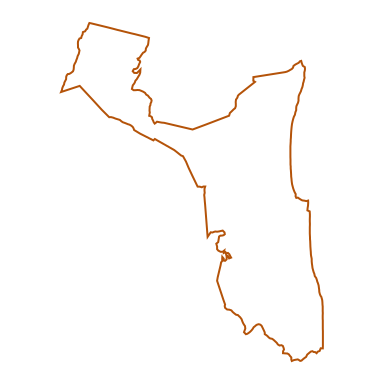 outline of Ilhéus, Bahia, Brazil
{"feature_id": "56859067B42691950323680", "entity_name": "Ilhéus", "entity_type": "district", "adm_level": 2, "iso_a3": "BRA", "parent_name": "Brazil", "parent_adm1": "Bahia", "projection": "albers", "projection_center": [-39.201, -14.766], "detail": "fine", "context": "isolated", "style": "outline", "palette": "amber", "viewbox_px": 384, "rotation_deg": 0, "n_neighbors": 0, "source": "geoboundaries", "source_scale": "gbopen_adm2", "svg_char_len": 5567}
<svg xmlns="http://www.w3.org/2000/svg" viewBox="0 0 384 384"><path d="M89.4,23.0L88.6,24.7L88.0,26.5L87.3,28.7L86.2,29.5L85.1,31.3L82.9,32.1L82.6,34.3L81.6,36.3L81.2,38.0L79.5,38.5L78.5,40.2L78.0,41.6L77.9,43.4L78.0,45.4L78.0,47.5L78.8,48.9L79.5,50.4L79.2,51.9L78.8,53.8L77.6,56.2L77.1,58.2L76.4,59.9L75.8,61.8L74.6,63.9L73.9,65.7L73.8,67.9L73.6,69.7L73.0,71.3L71.8,72.3L70.7,73.1L69.3,73.9L67.7,74.1L66.7,75.4L66.2,76.8L66.1,79.2L64.4,82.5L64.0,84.6L63.1,86.1L62.3,88.1L61.9,90.1L61.1,92.0L79.7,85.9L93.2,100.4L101.8,109.8L109.2,117.2L111.0,117.1L113.3,117.7L115.5,118.6L117.5,119.2L119.8,119.9L121.3,121.2L122.7,122.2L124.7,122.9L126.5,123.6L127.9,124.2L129.6,124.7L131.3,125.7L132.7,126.9L133.6,128.4L134.1,130.0L140.2,133.7L141.8,134.5L153.4,140.4L154.8,139.0L174.3,150.1L181.1,155.5L183.0,156.2L186.0,161.6L188.6,167.8L191.9,174.8L193.0,177.1L197.6,186.6L199.9,186.7L201.8,187.3L203.4,186.5L205.2,186.5L204.5,188.8L204.5,190.8L204.7,192.8L204.2,195.0L204.5,197.4L204.8,201.4L205.1,204.5L207.6,236.9L210.7,232.3L212.5,232.5L213.9,231.9L215.3,231.5L217.2,231.7L219.2,231.4L220.8,231.0L222.7,230.6L224.5,232.4L224.8,234.2L223.6,235.2L221.9,235.6L220.4,235.6L219.1,236.5L218.2,242.1L216.3,243.7L217.1,246.5L217.1,249.2L218.3,250.6L220.6,251.8L222.7,251.8L224.3,250.5L223.9,252.9L225.5,252.1L226.4,253.4L227.9,252.9L229.3,254.2L230.4,256.4L231.1,257.6L229.1,258.4L227.9,256.1L226.3,255.2L226.7,256.8L226.6,259.4L225.1,260.8L223.8,260.6L223.7,258.6L222.3,256.9L222.2,258.7L222.2,261.0L221.1,262.4L220.6,265.2L217.7,277.3L217.1,280.8L223.4,299.8L224.0,301.5L225.1,304.6L224.7,306.0L225.1,307.8L227.1,309.5L229.4,309.7L231.4,310.4L232.7,312.0L234.6,313.6L236.2,314.8L237.8,315.0L238.9,316.1L240.2,317.3L241.6,319.2L242.4,321.5L243.1,323.1L243.9,324.5L245.0,326.1L245.3,328.6L244.0,332.2L245.9,334.2L247.3,333.8L248.7,332.9L250.1,331.8L251.5,330.4L252.7,328.9L253.7,327.2L254.8,326.4L256.0,325.3L257.2,324.6L258.8,324.2L260.4,324.7L261.6,325.8L262.6,327.8L263.8,330.3L264.7,332.3L264.8,334.2L266.1,335.0L267.4,336.0L268.8,337.5L270.1,338.4L272.1,338.8L273.4,339.7L274.6,340.8L275.9,342.0L276.9,343.0L277.8,344.4L279.5,345.5L281.4,345.2L282.8,345.9L283.5,347.6L284.0,349.4L283.1,351.2L283.0,353.2L285.3,353.4L287.4,353.5L288.9,354.4L289.8,355.7L291.3,357.4L291.3,359.6L291.8,361.0L293.9,360.1L295.9,359.7L297.8,359.4L298.9,360.0L300.2,360.9L301.5,360.6L302.7,359.5L304.4,358.1L306.1,356.9L307.2,354.6L309.1,353.0L310.8,351.6L312.4,351.2L313.7,352.0L315.2,352.1L316.6,353.2L317.7,351.7L319.6,351.0L320.7,348.3L322.8,348.4L322.9,345.9L322.9,344.5L322.9,342.3L322.9,340.0L322.9,337.3L322.9,334.9L322.9,333.1L322.9,331.3L322.8,328.7L322.8,326.7L322.8,324.9L322.8,322.4L322.8,320.4L322.7,318.7L322.7,317.2L322.7,315.4L322.8,313.1L322.7,311.1L322.7,308.7L322.7,306.5L322.5,304.6L322.4,302.2L322.2,300.0L321.7,298.2L321.3,296.8L320.5,295.7L319.8,293.9L319.3,291.9L319.2,290.0L318.9,287.7L318.6,285.4L317.9,283.1L317.3,281.7L316.9,280.1L316.2,278.0L314.8,276.1L314.3,273.7L313.7,272.3L313.2,270.6L312.5,268.0L312.2,265.6L311.9,263.5L311.7,261.3L311.7,258.9L311.4,257.3L311.1,255.9L310.9,254.2L310.8,251.9L310.6,249.5L310.4,246.7L310.3,244.0L310.2,241.2L310.0,239.0L310.0,237.4L309.9,235.4L309.8,233.4L309.8,231.9L309.8,229.8L309.8,227.1L309.9,224.9L309.9,223.5L309.8,221.4L309.8,219.0L309.9,216.5L309.9,214.5L309.7,211.4L307.4,210.4L307.6,208.1L308.0,205.8L308.1,204.4L308.2,202.7L308.1,200.6L306.3,201.1L304.6,200.7L302.3,200.4L300.8,199.6L299.4,198.7L297.8,197.6L296.3,197.9L295.6,196.4L295.7,194.1L294.7,192.3L293.9,190.4L293.2,188.4L292.6,186.2L292.1,184.3L291.8,182.2L291.6,180.5L291.5,179.0L291.2,176.7L291.1,174.2L291.0,172.4L290.9,170.6L290.7,168.5L290.7,166.5L290.5,164.6L290.5,162.2L290.5,159.8L290.4,157.0L290.4,154.5L290.4,152.1L290.4,149.8L290.4,148.0L290.4,146.4L290.5,144.8L290.6,143.2L290.7,141.5L290.7,140.0L290.9,137.6L291.0,135.1L291.1,133.3L291.2,131.8L291.3,130.4L291.5,128.2L291.7,126.3L292.0,124.0L292.6,121.2L293.2,118.9L293.9,116.7L294.9,114.8L295.4,112.2L296.2,110.2L296.2,107.9L296.4,106.2L297.3,104.2L298.0,102.8L298.5,100.7L298.5,98.3L298.7,96.1L299.3,94.5L300.0,93.1L300.9,91.3L301.6,88.9L302.3,87.3L302.8,85.3L303.1,83.2L303.6,81.8L304.0,79.9L304.6,77.8L304.3,76.1L304.3,74.3L304.3,72.4L304.8,70.6L305.0,68.9L304.8,67.1L302.8,65.8L301.8,63.2L301.2,60.9L299.9,61.3L298.7,62.8L297.3,63.5L295.4,64.5L293.5,65.9L293.0,67.7L291.7,69.1L290.5,69.7L288.9,70.7L287.0,71.6L285.2,72.1L253.4,77.1L253.4,78.6L253.3,80.8L255.0,81.9L238.7,94.8L237.8,96.0L237.4,97.6L236.0,99.6L235.7,102.0L235.8,103.7L235.8,106.2L235.1,108.2L233.6,109.4L232.0,111.0L229.9,113.0L229.1,115.7L206.3,124.4L195.3,128.5L192.6,129.5L164.1,122.8L161.7,122.6L158.9,122.1L157.0,121.7L155.9,122.7L154.7,123.6L153.8,122.4L153.1,120.6L152.2,118.9L152.0,117.3L150.6,116.2L149.2,115.8L149.5,114.1L149.8,112.3L149.5,110.9L149.6,108.7L149.7,106.5L150.4,105.1L150.5,103.6L151.3,102.0L151.6,100.4L151.0,98.9L149.6,97.8L147.9,95.6L146.2,94.6L145.1,92.9L143.2,91.7L141.4,90.9L139.4,90.1L137.4,90.0L135.2,90.2L133.6,90.2L131.9,89.0L132.4,86.9L132.8,85.3L134.0,83.8L134.8,82.5L135.4,80.7L136.7,79.3L137.6,77.8L138.3,76.6L139.4,74.9L140.2,72.7L140.3,71.0L140.4,69.5L138.7,71.3L136.9,73.0L134.2,72.9L132.7,71.2L133.8,69.2L135.7,68.9L137.3,68.1L138.3,66.4L139.1,64.2L140.2,61.9L139.7,60.6L138.1,59.9L137.6,58.6L139.4,57.9L140.5,56.4L141.6,54.7L143.1,52.7L144.5,52.0L145.7,50.6L145.9,48.5L146.6,47.2L148.0,44.9L148.3,43.0L148.6,40.3L149.0,38.0L145.3,36.8L135.0,34.2L131.1,33.3L119.5,30.4L117.4,29.9L112.1,28.5L108.2,27.5L103.3,26.3L91.4,23.4L89.4,23.0Z" fill="none" stroke="#b45309" stroke-width="2"/></svg>